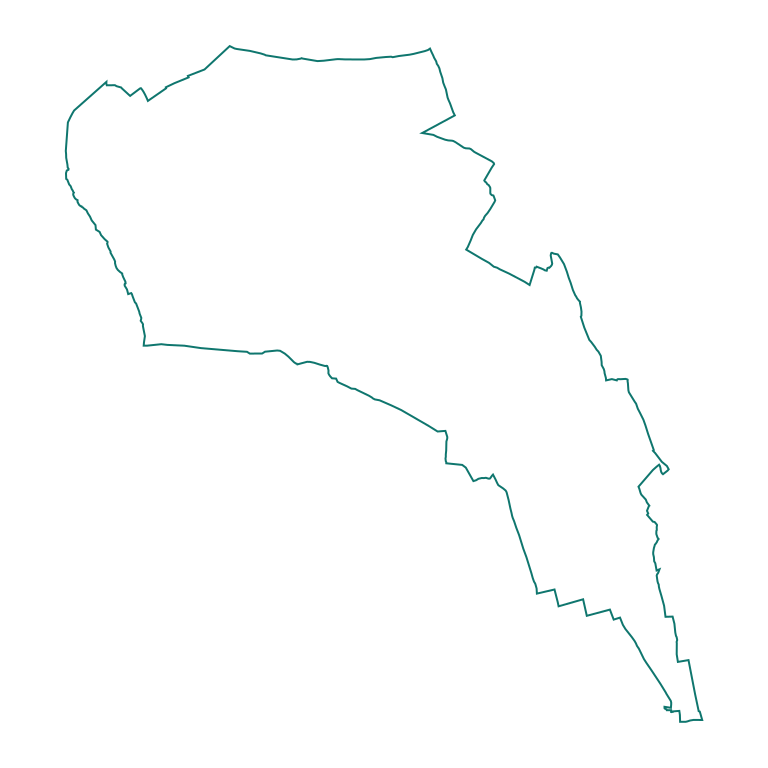 the district of Rediu, Iasi, Romania
{"feature_id": "2599482B72561220521834", "entity_name": "Rediu", "entity_type": "district", "adm_level": 2, "iso_a3": "ROU", "parent_name": "Romania", "parent_adm1": "Iasi", "projection": "mercator", "projection_center": [27.484, 47.225], "detail": "fine", "context": "isolated", "style": "outline", "palette": "teal", "viewbox_px": 768, "rotation_deg": 0, "n_neighbors": 0, "source": "geoboundaries", "source_scale": "gbopen_adm2", "svg_char_len": 5995}
<svg xmlns="http://www.w3.org/2000/svg" viewBox="0 0 768 768"><path d="M265.0,351.7L277.2,350.5L280.1,350.8L284.8,353.6L288.4,356.6L294.0,362.2L295.9,363.5L296.8,363.7L297.3,364.4L307.1,361.8L310.0,361.9L314.3,362.8L319.9,364.6L324.6,365.9L325.7,366.0L326.6,365.8L327.2,366.0L327.8,367.5L328.5,370.5L328.4,373.3L329.0,374.6L330.1,376.2L332.0,378.3L336.1,378.6L337.6,381.9L339.5,382.9L347.2,386.4L351.4,388.6L355.2,388.9L357.3,390.1L368.9,395.7L371.9,397.5L372.9,398.4L374.8,399.4L379.6,400.3L391.1,405.3L401.1,410.0L428.6,425.9L437.6,431.5L445.4,430.9L447.3,437.0L447.2,438.7L446.4,441.5L446.2,450.5L445.8,454.4L445.8,456.9L445.5,458.5L445.8,461.2L446.3,462.3L446.3,463.3L462.2,464.9L465.8,467.6L473.4,481.1L476.2,480.2L478.4,478.8L481.8,478.0L483.8,478.1L485.9,477.8L488.4,478.6L489.8,478.6L490.4,478.0L491.9,475.8L493.0,474.6L495.5,479.4L497.0,482.7L498.2,485.0L498.8,485.5L503.1,488.4L505.6,490.5L506.1,491.3L506.6,492.3L508.6,500.0L510.4,508.5L511.5,512.9L512.1,515.8L512.7,517.8L514.1,521.2L516.3,527.8L519.1,535.1L523.3,548.7L526.4,557.1L531.4,573.2L532.7,577.9L534.0,581.6L535.2,583.6L535.6,584.9L536.6,588.5L536.9,593.6L554.5,589.5L557.7,602.0L558.6,606.3L583.1,599.3L586.8,615.8L609.9,609.6L613.7,619.6L620.0,617.6L622.9,624.9L625.4,629.0L631.9,637.2L634.6,641.0L635.9,643.3L637.0,645.9L638.9,648.7L643.9,659.0L646.4,662.9L651.4,670.2L660.4,683.8L665.8,692.6L666.4,693.8L670.8,700.9L671.2,702.5L671.2,704.3L670.9,707.8L664.5,706.8L664.5,708.1L664.7,708.5L666.6,709.5L666.8,710.2L671.1,710.2L671.1,712.0L671.4,712.1L672.9,711.8L672.9,711.4L679.3,710.9L679.9,714.9L680.1,721.8L685.7,721.8L687.4,721.4L690.1,720.5L693.7,719.9L702.2,720.0L699.9,711.9L699.7,711.5L698.7,711.2L695.1,694.2L688.5,660.1L677.9,661.9L676.7,654.3L676.8,643.0L676.6,642.0L677.2,640.0L676.6,637.0L676.0,635.9L675.3,632.6L674.4,623.7L672.6,616.6L665.5,616.8L664.1,605.8L661.5,596.2L659.4,589.0L658.9,586.8L658.7,584.5L658.0,583.1L657.5,581.3L656.7,575.6L657.1,574.3L657.8,573.5L658.4,572.3L659.5,569.3L656.6,570.5L655.3,563.3L654.2,561.3L653.9,557.2L653.2,554.1L653.2,552.3L653.9,548.1L654.6,545.8L654.9,544.6L655.7,543.8L656.9,542.0L657.5,540.5L658.6,539.0L657.6,537.8L656.4,534.3L656.3,533.3L656.4,530.8L656.8,530.1L656.7,527.1L657.0,525.3L656.9,524.7L655.4,522.9L654.6,522.0L652.8,521.6L647.1,514.9L648.2,513.5L647.0,510.8L648.9,506.0L649.3,505.7L646.9,502.4L645.8,499.6L641.3,494.6L640.6,493.1L639.3,488.7L638.5,486.7L652.9,470.0L656.6,466.7L659.1,464.7L659.8,465.8L660.5,468.2L660.7,469.9L661.2,471.9L662.0,473.3L663.0,474.2L667.6,470.6L668.7,469.3L666.9,466.0L661.8,461.8L655.1,453.0L653.0,450.8L653.8,450.1L648.1,433.9L645.5,425.6L643.4,419.7L639.9,412.7L637.8,408.7L636.1,403.7L634.7,401.7L628.9,392.3L628.4,390.3L627.9,383.2L627.6,381.5L627.7,379.8L627.5,379.5L625.6,378.9L620.7,379.2L618.0,379.1L617.1,379.6L616.8,380.4L611.9,379.1L606.1,380.4L605.9,378.0L604.6,373.2L604.4,371.2L603.8,369.1L601.7,365.2L601.6,362.0L600.8,355.8L598.4,351.6L596.7,349.8L594.8,346.8L591.2,342.0L589.3,339.9L584.3,327.6L580.8,316.7L581.4,315.8L581.5,311.6L580.9,307.3L579.9,302.8L580.0,301.7L578.8,300.5L577.1,298.4L576.0,296.3L575.3,295.4L572.9,290.0L570.6,282.7L568.7,277.7L566.9,271.8L564.0,264.1L560.0,257.5L557.8,254.4L553.6,253.6L552.3,252.9L551.4,252.9L551.0,253.8L550.7,255.5L552.2,263.5L552.0,264.4L551.7,265.1L551.1,266.0L549.3,267.8L548.5,267.6L547.5,268.1L546.7,270.7L544.8,270.3L543.6,269.5L541.1,268.4L536.6,266.7L536.4,267.2L535.9,267.6L534.8,267.6L534.3,270.0L529.6,285.0L524.6,281.8L509.1,273.6L499.8,269.3L497.1,267.7L493.8,266.7L489.1,262.9L481.9,258.9L466.2,249.6L467.8,247.0L470.7,240.4L472.8,235.0L476.1,229.3L480.8,223.1L482.4,220.5L483.5,219.4L484.0,217.7L485.2,215.7L487.6,213.0L490.3,209.0L494.6,201.8L495.2,200.3L493.9,196.7L493.4,195.5L491.7,195.1L490.4,193.7L490.3,192.9L490.3,188.1L490.1,187.3L488.7,185.1L487.3,184.2L486.2,182.5L484.8,181.4L484.3,180.4L491.8,167.5L494.1,164.1L493.8,163.1L491.9,161.4L475.5,152.6L474.1,151.8L471.0,149.2L469.5,148.5L465.8,148.3L463.8,147.7L455.2,142.0L453.3,141.0L452.1,140.7L448.2,140.4L445.1,139.7L437.1,136.8L433.4,134.9L422.2,133.0L454.8,115.4L453.2,112.2L450.0,103.3L448.6,100.2L447.6,97.6L445.9,89.4L444.6,86.3L443.2,82.6L442.4,78.2L440.2,71.7L439.4,68.4L438.2,65.8L436.8,63.8L436.2,61.4L434.1,57.7L433.2,55.5L431.5,52.0L430.0,48.6L428.0,50.0L424.8,51.1L413.6,53.9L409.5,54.7L399.0,56.0L392.7,57.2L391.1,56.7L386.0,57.0L376.3,57.9L369.9,59.1L363.7,59.5L345.1,59.4L338.4,59.1L336.4,59.2L323.8,60.7L317.5,61.1L302.8,58.6L301.5,58.2L300.8,58.6L296.6,59.4L292.7,59.5L265.7,55.3L264.7,54.7L260.6,53.4L249.9,50.9L236.9,49.0L234.6,48.5L229.7,46.1L204.5,69.5L187.9,75.9L188.6,77.4L174.4,83.2L165.8,87.3L166.1,88.3L147.9,100.9L146.9,98.5L145.0,94.5L143.4,91.6L142.0,89.5L140.9,88.2L140.1,88.4L130.1,95.9L121.8,88.3L121.2,87.5L116.6,86.2L114.9,85.2L106.8,85.3L106.3,83.6L106.4,81.9L74.1,110.5L72.5,113.2L70.4,117.2L67.9,122.4L65.8,151.0L66.1,154.1L66.2,157.8L67.4,164.5L67.7,167.5L68.6,168.9L68.4,169.8L66.8,170.5L66.0,173.1L66.2,178.9L67.3,179.7L69.2,184.5L70.4,185.8L70.8,186.5L71.8,189.2L72.8,190.6L73.2,191.8L73.9,192.6L73.3,193.6L73.2,194.3L73.4,195.3L74.2,197.0L74.9,198.2L76.0,199.3L77.6,200.2L77.5,200.8L77.5,201.9L77.8,202.3L78.2,203.3L79.3,205.1L80.7,206.2L81.5,206.3L81.7,206.8L83.2,207.7L83.8,208.5L86.4,210.3L87.9,213.4L90.0,216.6L91.7,220.4L95.5,225.1L95.9,229.6L99.6,231.9L101.1,235.2L104.6,239.1L107.5,241.7L107.5,242.8L107.1,243.7L108.4,247.5L110.6,251.5L110.5,252.7L114.3,259.6L115.1,261.6L115.0,263.1L115.7,265.9L116.5,268.0L117.8,269.9L120.1,272.0L122.2,273.5L122.2,274.4L123.2,277.1L125.4,281.7L125.6,283.4L125.3,283.7L124.9,283.7L124.6,284.3L124.7,285.7L127.0,289.5L128.2,294.1L131.2,293.1L131.9,294.1L132.6,296.3L134.9,302.3L136.1,303.5L139.2,311.6L139.6,313.6L141.3,317.9L141.1,319.4L140.7,320.8L142.5,323.3L143.0,324.3L142.9,326.0L144.9,336.1L144.0,342.2L143.7,345.7L146.8,345.7L161.3,344.2L167.4,344.9L184.3,345.7L200.9,348.1L237.4,351.2L247.0,351.8L249.8,353.6L262.2,353.5L265.0,351.7Z" fill="none" stroke="#0f766e" stroke-width="2"/></svg>